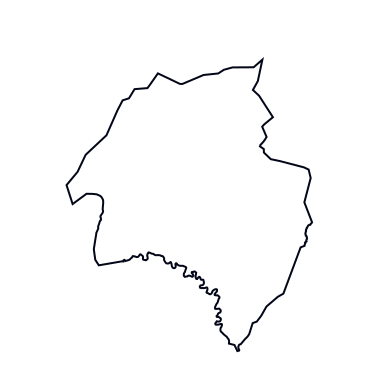 outline of Galt, Hövsgöl, Mongolia, rotated 103°
{"feature_id": "93677404B44283034286627", "entity_name": "Galt", "entity_type": "district", "adm_level": 2, "iso_a3": "MNG", "parent_name": "Mongolia", "parent_adm1": "Hövsgöl", "projection": "natural_earth1", "projection_center": [100.238, 48.744], "detail": "fine", "context": "isolated", "style": "outline", "palette": "ink", "viewbox_px": 384, "rotation_deg": 103, "n_neighbors": 0, "source": "geoboundaries", "source_scale": "gbopen_adm2", "svg_char_len": 6013}
<svg xmlns="http://www.w3.org/2000/svg" viewBox="0 0 384 384"><g transform="rotate(103 192 192)"><path d="M286.6,93.5L274.8,84.8L270.5,80.1L221.5,73.7L219.1,70.2L218.7,70.2L218.5,70.3L218.0,70.3L217.7,70.4L216.9,70.2L216.5,70.3L216.2,70.1L215.9,70.4L215.7,70.3L215.3,70.3L215.2,70.2L214.9,69.7L214.7,69.6L214.5,69.4L214.4,69.3L214.2,69.4L214.1,69.7L213.8,69.6L213.6,69.7L213.2,69.6L212.9,69.7L212.5,69.5L212.3,69.6L211.9,69.5L211.5,69.6L211.2,69.5L210.9,69.7L210.4,69.8L210.2,69.9L210.0,70.2L209.7,70.2L209.4,70.3L209.2,70.6L208.9,70.9L208.9,71.2L208.5,71.3L208.4,71.6L207.6,71.8L207.1,72.2L206.2,72.1L205.7,72.3L205.1,72.1L204.6,72.0L204.3,72.2L204.0,72.2L203.7,72.4L203.5,72.5L202.8,72.3L202.4,72.3L202.0,72.0L201.5,72.1L201.4,71.9L201.2,71.9L200.7,72.0L199.8,71.5L198.9,71.4L198.7,71.3L198.2,71.0L198.0,70.6L197.5,70.3L197.4,69.9L197.2,69.6L197.2,69.3L196.7,69.2L195.9,68.9L195.4,68.5L194.5,68.2L176.8,80.2L151.7,79.5L143.9,83.4L142.8,88.5L142.1,113.6L142.3,122.6L137.4,130.8L134.0,131.7L132.3,136.0L131.8,135.8L131.1,136.0L130.5,135.8L128.6,134.6L127.9,134.3L126.6,133.5L125.8,133.3L124.7,132.7L123.0,132.2L122.2,132.0L121.6,131.7L112.6,138.3L110.1,137.0L100.9,130.0L83.1,148.3L78.9,155.6L69.1,152.8L47.2,153.2L56.6,160.0L61.5,180.6L65.8,188.5L70.6,193.1L75.4,207.1L88.9,225.7L89.4,228.0L84.1,251.9L97.7,257.4L100.8,258.8L104.7,271.1L114.9,274.5L118.3,280.2L129.2,283.0L156.0,288.1L179.7,304.0L198.0,308.0L213.5,315.8L230.6,305.6L217.5,294.4L216.3,289.0L215.7,284.3L216.4,280.8L216.9,279.6L217.6,278.8L218.6,277.8L219.6,277.0L220.2,276.7L222.4,276.1L228.8,275.2L230.7,274.3L231.0,274.3L231.7,274.3L233.1,274.6L234.2,275.1L236.1,275.8L236.8,275.6L237.4,275.3L237.7,275.0L238.5,274.7L239.1,274.6L239.7,274.5L239.9,274.5L240.6,275.0L241.9,275.3L243.4,275.3L246.0,275.6L247.0,275.7L248.7,275.1L253.3,276.0L253.9,276.0L255.0,275.8L258.7,275.6L269.7,274.8L270.1,274.7L279.8,271.0L284.4,266.3L275.1,244.1L275.2,243.6L274.4,243.5L273.9,243.3L273.3,242.6L273.4,242.3L274.0,241.9L274.4,241.6L274.0,241.0L273.6,240.3L273.3,239.7L272.5,238.3L271.7,237.4L270.5,236.7L269.4,235.8L268.3,235.5L267.8,235.3L267.6,234.2L267.8,233.7L267.6,232.7L267.9,231.5L267.7,230.8L267.4,230.2L267.0,229.7L266.1,229.3L264.8,228.8L264.4,228.5L264.3,228.1L264.6,227.4L264.9,226.9L265.4,225.7L266.0,225.2L266.5,225.0L267.6,224.9L268.4,224.7L268.8,224.4L268.9,224.0L268.9,222.8L268.8,222.3L268.9,221.8L268.8,221.4L268.3,221.0L267.7,220.5L267.3,220.4L266.9,220.2L266.1,220.4L265.4,220.7L264.6,221.0L264.3,221.3L263.8,221.4L263.3,221.4L261.6,221.3L261.3,220.9L260.7,220.7L260.6,220.1L260.8,218.9L260.9,218.2L261.1,217.7L261.1,216.9L261.0,215.7L261.1,215.4L261.5,214.6L261.7,214.1L261.8,213.6L261.7,213.0L260.9,209.9L260.9,209.0L260.9,208.6L261.0,207.9L261.2,207.6L261.2,207.0L261.1,206.5L261.1,206.2L261.8,205.2L262.5,204.5L263.2,204.1L264.1,204.0L264.7,203.8L265.5,203.1L266.5,202.1L267.0,201.4L267.2,200.9L267.3,200.3L267.2,200.0L266.9,198.8L266.2,198.0L265.5,197.5L265.1,197.2L265.1,196.9L266.4,195.9L268.5,195.1L269.2,194.6L269.8,194.1L270.1,193.8L270.3,192.9L270.3,192.5L270.0,191.8L269.5,191.3L268.5,191.1L267.5,191.3L266.5,191.8L265.7,191.9L265.4,191.8L265.1,191.6L265.0,191.3L265.0,191.0L265.3,190.6L265.8,190.3L266.0,189.9L266.4,188.8L266.6,187.7L266.6,187.1L266.0,184.6L266.0,183.6L266.3,182.8L266.4,181.5L266.7,180.9L267.1,180.6L267.7,180.5L268.4,180.6L269.3,180.8L271.4,180.9L272.3,181.3L273.5,181.5L274.2,181.5L274.8,181.3L275.5,181.0L275.9,180.6L276.3,180.0L276.1,179.5L275.7,178.9L275.4,177.7L274.4,176.8L274.3,176.5L274.1,175.9L274.1,174.6L274.4,173.7L274.6,172.8L274.4,172.4L273.3,171.9L272.3,172.4L271.9,172.7L271.1,173.9L270.8,174.1L270.4,174.2L270.1,174.1L269.9,174.0L269.8,173.3L269.6,172.7L269.3,172.6L268.9,171.9L268.9,171.2L269.6,169.8L270.0,169.7L273.2,169.6L273.7,169.5L274.8,169.0L275.3,168.6L275.7,168.2L275.7,167.8L275.6,167.4L275.1,167.2L274.6,167.0L273.7,166.5L273.1,166.0L273.0,165.7L273.1,165.3L273.8,164.6L274.5,164.3L275.2,163.7L275.4,163.4L275.4,163.1L275.0,161.8L275.0,161.5L275.2,161.1L276.0,160.7L277.6,160.0L278.0,159.9L279.3,160.0L279.7,160.2L280.2,160.6L280.6,161.2L281.0,162.3L281.2,162.7L281.5,162.9L282.0,163.1L282.5,163.1L283.2,162.8L283.5,162.5L283.5,161.2L283.5,160.8L283.1,159.9L283.0,158.9L282.7,158.0L282.4,157.4L282.0,157.0L281.7,156.3L281.7,155.9L282.0,155.5L282.6,155.2L283.7,155.0L284.9,155.1L286.1,155.3L286.4,155.3L286.7,155.1L286.9,154.8L287.0,154.3L287.0,153.6L287.2,152.9L287.5,152.4L287.6,152.0L287.6,151.4L287.4,151.0L286.8,150.4L286.3,150.1L284.7,149.8L283.7,149.6L282.4,148.6L281.7,147.7L281.3,146.8L281.2,146.3L281.3,146.0L281.5,145.7L281.8,145.6L282.6,145.4L283.3,145.4L283.8,145.6L284.3,146.0L286.0,146.8L286.5,147.0L286.7,146.9L287.3,146.6L287.3,145.5L287.2,144.7L286.9,144.0L286.9,143.7L287.1,143.3L287.6,142.4L288.1,141.7L288.4,141.5L289.0,141.5L290.6,142.0L293.9,142.2L295.8,143.0L298.7,143.6L299.4,143.6L299.9,143.5L300.5,143.2L300.6,142.6L300.4,142.0L300.2,141.0L299.5,139.5L299.6,139.1L300.1,138.3L300.7,137.5L301.5,137.2L302.7,137.3L303.3,137.7L303.5,138.2L304.1,138.8L304.7,139.3L306.0,139.3L306.4,139.5L306.8,139.8L307.2,140.1L307.6,140.1L307.9,139.9L308.1,139.6L307.8,137.9L307.9,137.5L308.4,136.4L308.6,135.8L309.2,135.3L309.8,135.2L310.4,135.2L311.1,135.4L311.5,135.6L311.9,135.9L312.3,136.9L312.4,137.5L312.4,138.6L312.4,138.8L312.6,138.9L313.4,139.1L314.1,139.5L314.6,139.7L315.1,139.7L315.8,139.3L315.9,139.0L315.8,138.3L315.5,137.4L315.4,136.7L315.0,135.9L314.4,134.9L314.0,134.1L314.0,133.3L314.3,133.0L314.9,132.9L315.7,132.9L316.6,133.0L318.1,133.5L318.7,133.5L319.8,133.3L320.6,133.1L321.2,132.7L321.7,132.1L322.3,130.9L323.3,129.5L324.0,128.2L324.5,127.1L325.2,125.7L325.9,124.8L326.5,124.3L327.1,123.4L328.2,122.6L329.3,122.2L331.4,121.9L331.5,116.2L336.8,112.0L336.1,110.7L335.9,110.4L335.7,110.4L335.4,110.4L335.1,110.7L333.8,111.5L332.8,112.0L331.4,112.0L330.3,111.7L329.6,110.9L329.4,110.3L323.3,107.2L321.3,105.9L319.8,105.1L317.7,104.3L306.1,103.4L303.7,99.7L297.0,96.7L286.9,93.7L286.6,93.5Z" fill="none" stroke="#020617" stroke-width="2"/></g></svg>